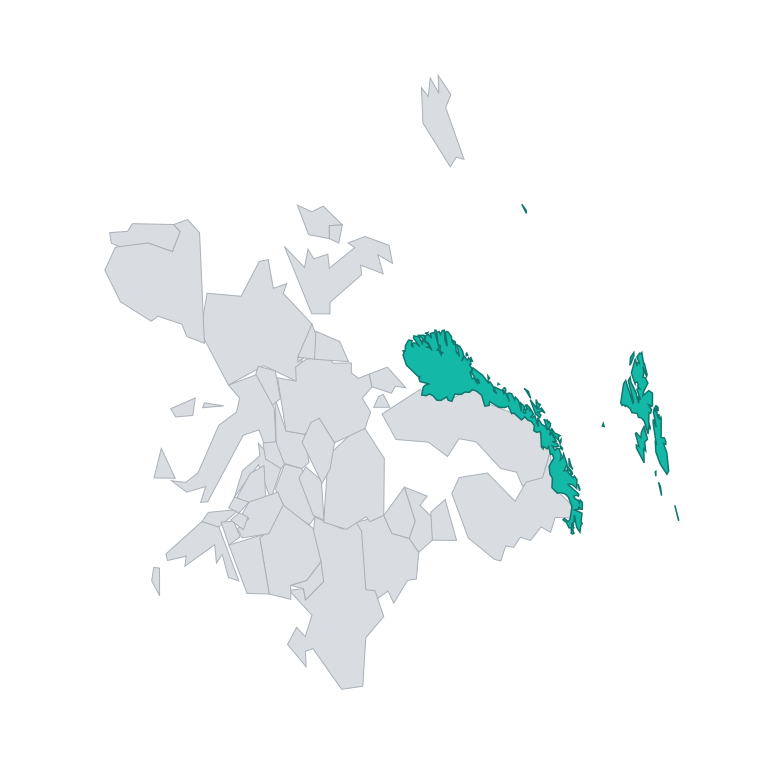 Europe, with Norway highlighted, rotated 79°
{"feature_id": "NOR", "entity_name": "Norway", "entity_type": "country or territory", "adm_level": 0, "iso_a3": "NOR", "parent_name": "Europe", "parent_adm1": "", "projection": "natural_earth1", "projection_center": [16.239, 69.249], "detail": "fine", "context": "in_parent", "style": "filled", "palette": "teal", "viewbox_px": 768, "rotation_deg": 79, "n_neighbors": 37, "source": "natural_earth", "source_scale": "50m", "svg_char_len": 13095}
<svg xmlns="http://www.w3.org/2000/svg" viewBox="0 0 768 768"><g transform="rotate(79 384 384)"><path d="M311.4,443.3L364.4,469.7L343.0,498.5L355.4,536.9L298.0,554.2L261.2,540.4L270.6,507.5L239.9,483.1L239.8,473.9L268.9,474.4L267.0,460.3L275.8,465.6L311.4,443.3ZM368.2,563.9L374.9,545.6L372.7,566.5L368.2,563.9Z" fill="#d9dde1" stroke="#a8b0b8" stroke-width="1"/><path d="M396.3,349.9L411.6,321.4L405.9,300.2L411.9,289.5L420.6,289.7L448.6,245.3L481.3,233.3L506.3,246.2L510.5,267.6L495.8,270.8L489.2,285.6L458.4,304.6L452.0,320.8L467.3,335.5L449.5,351.6L440.8,382.8L413.1,391.7L396.3,349.9Z" fill="#d9dde1" stroke="#a8b0b8" stroke-width="1"/><path d="M555.8,382.0L581.6,389.4L581.2,398.4L601.0,416.2L588.0,419.6L593.5,431.5L582.4,441.1L514.4,437.9L512.9,409.3L532.2,404.8L540.4,388.7L555.8,382.0Z" fill="#d9dde1" stroke="#a8b0b8" stroke-width="1"/><path d="M631.4,512.1L646.7,514.4L621.2,528.4L606.1,516.2L617.0,509.6L597.2,498.8L568.4,516.5L569.5,502.1L581.0,502.3L566.4,481.0L529.2,485.8L501.5,477.2L518.7,452.2L514.4,437.9L524.1,434.1L582.4,441.1L585.3,432.2L612.2,428.6L629.6,450.3L676.6,462.5L675.6,483.8L630.2,504.2L631.4,512.1Z" fill="#d9dde1" stroke="#a8b0b8" stroke-width="1"/><path d="M512.9,409.3L516.5,424.2L510.8,426.8L519.6,448.7L508.1,469.6L443.5,452.3L423.4,420.7L424.0,411.2L457.2,397.9L512.9,409.3Z" fill="#d9dde1" stroke="#a8b0b8" stroke-width="1"/><path d="M451.4,480.9L441.9,499.0L428.2,502.2L377.2,493.8L411.5,489.2L418.2,471.5L446.7,472.6L451.4,480.9Z" fill="#d9dde1" stroke="#a8b0b8" stroke-width="1"/><path d="M501.5,477.2L507.9,484.0L491.6,503.7L466.2,510.7L443.8,496.9L451.4,480.9L501.5,477.2Z" fill="#d9dde1" stroke="#a8b0b8" stroke-width="1"/><path d="M546.2,479.7L566.4,481.0L581.0,502.3L569.5,502.1L563.8,514.1L562.0,497.4L546.2,479.7Z" fill="#d9dde1" stroke="#a8b0b8" stroke-width="1"/><path d="M563.8,514.1L577.6,516.6L568.2,536.8L511.6,535.3L483.7,506.1L512.1,481.3L546.2,479.7L562.0,497.4L563.8,514.1Z" fill="#d9dde1" stroke="#a8b0b8" stroke-width="1"/><path d="M540.4,388.7L532.2,404.8L512.9,409.3L489.2,383.6L524.7,379.5L540.4,388.7Z" fill="#d9dde1" stroke="#a8b0b8" stroke-width="1"/><path d="M546.5,366.3L555.8,382.0L540.4,388.7L524.7,379.5L489.2,383.6L502.3,363.0L510.0,371.9L526.5,360.4L546.5,366.3Z" fill="#d9dde1" stroke="#a8b0b8" stroke-width="1"/><path d="M551.4,342.6L546.5,366.3L518.8,362.5L509.1,346.0L551.4,342.6Z" fill="#d9dde1" stroke="#a8b0b8" stroke-width="1"/><path d="M424.0,411.2L432.3,443.8L405.3,454.2L418.2,471.5L411.5,489.2L357.6,487.3L364.4,469.7L350.4,467.4L344.9,455.9L345.5,434.6L353.9,429.9L357.2,412.0L366.8,414.0L373.5,408.0L371.4,396.5L384.5,396.3L393.8,408.1L408.9,402.5L424.0,411.2Z" fill="#d9dde1" stroke="#a8b0b8" stroke-width="1"/><path d="M508.6,530.0L511.6,535.3L568.2,536.8L563.5,558.4L512.5,567.0L508.6,530.0Z" fill="#d9dde1" stroke="#a8b0b8" stroke-width="1"/><path d="M549.1,644.7L532.9,649.6L520.1,645.0L521.9,639.5L549.1,644.7ZM492.9,573.4L549.6,564.1L544.4,573.6L520.5,575.3L527.8,582.6L509.5,580.9L524.9,614.3L515.2,610.9L516.0,630.2L509.1,630.4L484.3,589.0L492.9,573.4Z" fill="#d9dde1" stroke="#a8b0b8" stroke-width="1"/><path d="M492.9,573.4L484.3,589.0L476.5,580.9L479.5,549.7L492.9,573.4Z" fill="#d9dde1" stroke="#a8b0b8" stroke-width="1"/><path d="M447.4,501.3L475.6,517.3L439.2,522.6L466.5,552.4L441.9,539.3L430.7,519.4L418.3,518.6L447.4,501.3Z" fill="#d9dde1" stroke="#a8b0b8" stroke-width="1"/><path d="M378.5,488.5L385.8,501.6L354.8,510.5L342.6,504.2L350.3,488.2L378.5,488.5Z" fill="#d9dde1" stroke="#a8b0b8" stroke-width="1"/><path d="M342.4,456.4L346.0,464.2L341.0,463.4L342.4,456.4Z" fill="#d9dde1" stroke="#a8b0b8" stroke-width="1"/><path d="M346.5,447.5L341.0,463.4L311.4,443.3L335.4,439.2L346.5,447.5Z" fill="#d9dde1" stroke="#a8b0b8" stroke-width="1"/><path d="M355.2,414.6L346.5,447.5L319.3,440.8L334.0,419.3L355.2,414.6Z" fill="#d9dde1" stroke="#a8b0b8" stroke-width="1"/><path d="M187.3,560.1L195.6,555.0L213.7,566.4L200.5,588.9L203.7,608.9L193.9,624.8L183.1,624.5L185.2,606.5L178.6,600.4L187.3,560.1Z" fill="#d9dde1" stroke="#a8b0b8" stroke-width="1"/><path d="M198.4,621.5L200.5,588.9L213.7,566.4L195.6,555.0L187.3,560.1L185.1,545.4L200.3,536.2L309.8,552.5L299.9,568.4L286.7,571.1L274.3,593.0L278.0,600.4L253.1,627.0L218.9,636.3L198.4,621.5Z" fill="#d9dde1" stroke="#a8b0b8" stroke-width="1"/><path d="M230.9,409.9L223.1,429.5L191.8,435.0L201.2,422.1L197.8,409.7L219.8,394.5L218.2,407.5L230.9,409.9Z" fill="#d9dde1" stroke="#a8b0b8" stroke-width="1"/><path d="M386.7,496.4L420.0,501.2L421.2,512.8L405.1,515.5L407.4,531.9L466.0,579.6L465.2,586.6L450.6,578.5L452.5,598.3L438.4,611.1L442.8,597.5L435.7,583.5L392.9,554.0L383.4,534.1L370.3,528.4L355.4,536.9L350.6,507.8L386.7,496.4ZM404.7,614.9L436.7,606.9L432.3,627.7L404.7,614.9ZM361.7,572.0L378.4,577.7L376.6,594.7L367.6,598.2L361.7,572.0Z" fill="#d9dde1" stroke="#a8b0b8" stroke-width="1"/><path d="M384.5,396.3L371.4,396.5L368.1,377.5L391.8,363.3L388.4,373.3L394.4,378.5L384.5,396.3ZM407.9,382.7L404.9,398.5L395.2,391.7L394.1,386.7L407.9,382.7Z" fill="#d9dde1" stroke="#a8b0b8" stroke-width="1"/><path d="M230.9,409.9L218.2,407.5L219.8,394.5L237.0,401.5L230.9,409.9ZM259.9,415.5L244.5,386.6L238.7,392.3L235.6,374.6L248.8,352.6L267.3,352.6L256.0,365.4L275.7,363.8L262.8,384.3L272.4,385.1L293.4,421.3L304.8,423.7L301.3,441.5L230.0,455.5L254.5,439.8L237.3,432.9L247.7,429.0L245.8,414.4L259.9,415.5Z" fill="#d9dde1" stroke="#a8b0b8" stroke-width="1"/><path d="M178.7,262.6L175.2,269.8L183.5,277.5L135.3,296.0L100.3,290.7L110.2,285.7L92.5,280.2L109.0,274.7L91.4,272.0L112.7,263.1L124.3,270.7L178.7,262.6Z" fill="#d9dde1" stroke="#a8b0b8" stroke-width="1"/><path d="M420.0,501.2L443.8,496.9L447.4,501.3L435.0,514.6L418.9,514.0L420.0,501.2Z" fill="#d9dde1" stroke="#a8b0b8" stroke-width="1"/><path d="M551.2,226.2L547.7,241.5L561.4,248.8L554.3,257.1L565.5,269.9L560.5,279.5L569.1,287.9L566.2,295.4L580.0,303.2L577.2,309.1L551.3,330.6L504.5,338.3L490.1,328.1L491.1,299.5L524.1,277.7L507.4,263.2L506.3,246.2L481.3,233.3L516.1,238.3L540.1,221.9L551.2,226.2Z" fill="#d9dde1" stroke="#a8b0b8" stroke-width="1"/><path d="M506.0,468.9L499.5,478.5L460.1,485.5L450.4,476.6L466.7,463.8L506.0,468.9Z" fill="#d9dde1" stroke="#a8b0b8" stroke-width="1"/><path d="M432.3,443.8L456.9,453.0L469.6,463.8L425.5,475.5L407.8,463.1L405.3,454.2L432.3,443.8Z" fill="#d9dde1" stroke="#a8b0b8" stroke-width="1"/><path d="M467.6,550.2L446.3,532.5L441.3,517.4L475.4,522.1L476.5,538.5L467.6,550.2Z" fill="#d9dde1" stroke="#a8b0b8" stroke-width="1"/><path d="M506.4,554.4L512.5,567.0L488.6,570.2L490.0,557.9L506.4,554.4Z" fill="#d9dde1" stroke="#a8b0b8" stroke-width="1"/><path d="M469.9,508.8L483.7,506.1L509.0,525.7L508.0,552.6L498.3,555.4L490.3,542.3L484.8,548.2L474.2,539.1L469.9,508.8Z" fill="#d9dde1" stroke="#a8b0b8" stroke-width="1"/><path d="M482.9,551.0L475.9,560.1L466.5,552.4L474.2,539.1L482.9,551.0Z" fill="#d9dde1" stroke="#a8b0b8" stroke-width="1"/><path d="M488.3,560.4L482.9,551.0L488.5,543.0L500.2,549.8L488.3,560.4Z" fill="#d9dde1" stroke="#a8b0b8" stroke-width="1"/><path d="M484.8,234.0L476.8,234.3L478.8,236.2L475.7,239.5L478.0,240.2L475.8,241.5L461.6,239.4L460.4,239.7L460.6,243.3L458.4,245.9L453.4,244.3L448.8,246.6L447.0,249.7L443.2,251.8L445.5,255.9L437.1,262.2L437.6,264.3L429.4,266.2L430.2,270.0L428.8,275.5L421.4,283.7L425.1,285.0L425.0,289.2L413.7,290.3L408.2,294.9L406.5,298.3L408.4,301.7L407.3,306.4L408.9,309.9L407.5,316.4L413.9,320.7L412.2,324.1L408.5,324.8L411.0,331.2L410.0,335.2L404.9,338.1L402.5,341.3L403.5,344.8L402.0,349.1L394.6,346.1L393.0,343.7L392.7,339.2L388.6,348.1L385.5,348.7L382.9,346.9L383.8,348.6L369.7,358.4L358.9,359.8L357.8,358.3L355.1,358.9L355.8,357.0L350.3,355.6L345.6,351.5L346.7,348.1L351.1,349.8L353.6,348.2L351.1,348.8L349.3,347.1L350.0,344.7L354.3,341.6L344.5,346.3L342.5,345.6L344.4,340.7L352.8,338.6L348.4,338.1L352.4,333.7L356.0,331.7L355.9,334.7L357.8,331.6L360.4,330.5L352.6,332.4L342.9,340.7L343.8,335.4L348.2,335.0L344.6,334.1L343.5,331.3L348.3,328.4L343.4,329.0L342.8,324.3L358.8,323.1L361.0,325.3L361.1,323.7L366.3,322.3L364.0,321.3L365.0,319.7L362.4,322.9L357.3,321.4L355.2,323.2L343.8,322.6L343.0,319.8L346.1,319.2L342.6,316.5L342.7,314.6L352.4,315.7L358.9,314.7L345.8,313.9L344.3,312.9L344.9,311.3L350.2,308.8L354.5,309.1L358.9,307.8L353.9,308.5L356.0,306.1L366.8,306.9L367.9,306.4L366.6,305.4L371.6,304.8L359.5,304.9L361.4,302.5L367.2,300.5L371.9,300.6L376.4,303.4L372.4,299.8L376.7,297.8L374.4,296.0L376.4,294.8L381.3,294.9L381.4,296.4L386.3,294.5L389.0,297.2L395.6,296.4L395.4,294.5L401.1,292.5L399.5,291.4L402.0,290.2L398.6,290.4L397.2,291.2L398.3,292.0L397.3,292.9L389.4,295.8L385.2,293.6L394.3,285.5L403.8,281.0L400.8,281.7L402.6,279.2L408.5,276.9L411.5,277.8L415.2,275.1L410.8,276.8L408.3,275.8L413.3,268.8L416.3,268.2L414.2,266.6L425.1,264.3L417.1,265.1L416.7,262.9L418.0,260.5L424.5,258.8L421.9,257.6L425.8,255.2L437.1,254.3L428.7,253.5L433.2,250.2L438.6,252.7L439.4,250.7L435.7,249.9L436.1,248.1L431.7,249.0L431.8,247.6L434.7,245.8L438.9,246.0L436.1,245.1L442.2,242.9L444.7,246.8L444.3,245.5L445.4,244.5L443.8,242.0L455.3,240.8L446.4,239.6L453.9,236.7L456.5,233.4L459.8,232.8L459.6,231.0L461.1,229.4L466.2,231.1L464.1,229.2L473.0,225.8L472.7,229.9L475.3,225.5L478.3,224.2L478.5,227.8L476.7,230.8L481.9,228.8L480.1,227.0L480.8,224.6L487.5,223.5L492.2,225.4L490.6,222.9L486.8,221.1L497.8,219.6L503.6,223.8L503.7,221.0L509.0,218.4L512.1,216.1L510.7,214.7L514.7,212.8L523.3,214.8L519.3,217.7L517.2,221.3L517.7,222.5L529.3,213.8L531.2,214.5L529.9,216.4L530.3,219.2L533.6,218.1L535.0,215.6L538.0,215.0L535.3,213.5L538.1,211.9L544.8,213.2L544.4,214.8L541.0,216.3L544.1,216.4L543.9,221.0L548.6,214.3L556.3,216.7L559.0,216.1L560.4,217.8L566.8,219.9L561.3,222.3L548.9,222.1L555.9,223.9L556.9,226.4L560.2,226.7L561.3,225.1L563.1,226.6L566.7,226.0L567.3,227.4L566.3,228.7L560.9,227.6L560.5,229.8L554.8,231.3L551.5,234.3L550.4,232.6L554.2,229.4L552.3,227.2L540.3,222.9L530.2,224.6L526.6,227.0L524.3,231.4L524.4,234.6L517.8,238.9L508.5,236.6L504.1,238.3L496.3,237.6L489.2,231.5L484.8,232.2L484.8,234.0ZM444.2,122.2L456.1,124.5L457.1,125.4L454.9,128.3L460.4,126.3L463.6,127.9L462.6,129.4L471.9,131.4L477.3,130.9L478.5,131.3L476.5,132.1L483.4,134.3L470.4,135.6L466.4,137.7L465.3,140.6L461.1,141.1L459.5,146.0L454.9,147.2L451.2,150.6L452.0,151.4L449.9,152.9L450.6,154.4L447.7,155.2L429.6,148.8L426.7,146.1L450.2,143.3L449.3,142.3L427.5,143.6L424.4,141.1L429.2,141.3L440.6,138.2L448.2,138.0L451.3,137.4L445.7,136.6L448.3,135.0L437.8,136.8L436.6,135.7L437.6,134.0L434.8,135.4L432.3,134.5L430.6,134.9L430.3,136.7L431.8,137.4L420.4,139.1L407.0,132.4L414.9,132.3L411.7,131.6L411.1,130.5L412.6,129.4L411.8,129.2L405.9,130.7L402.5,127.1L403.1,126.0L402.2,124.9L414.3,125.3L413.8,124.5L425.0,123.9L426.6,124.8L416.3,126.6L422.2,126.6L426.8,128.7L427.5,126.5L433.5,124.8L440.5,130.3L444.9,132.1L441.0,125.3L444.2,122.2ZM470.2,118.4L489.5,122.2L490.5,119.1L494.7,118.4L497.0,118.9L495.6,121.0L505.2,119.5L523.8,121.2L526.6,123.5L515.3,128.1L502.6,130.1L493.0,128.8L494.3,128.1L473.5,127.3L470.1,126.4L478.4,125.0L462.9,124.9L459.3,123.3L463.8,122.3L456.7,121.4L467.4,121.6L468.8,121.2L466.1,119.7L470.4,120.6L470.8,119.7L469.3,118.5L470.2,118.4ZM474.7,136.8L488.5,135.9L490.7,139.2L499.6,139.9L497.1,141.4L511.0,143.7L495.1,148.4L492.1,148.0L494.0,145.7L480.5,146.6L480.0,145.6L485.8,142.1L481.0,140.8L477.0,138.2L477.2,137.4L474.7,136.8ZM440.1,239.3L444.4,235.9L446.7,237.6L441.9,241.0L427.3,243.4L437.1,238.7L438.4,235.9L437.7,234.0L443.2,231.5L440.5,234.2L441.5,237.4L440.1,239.3ZM454.7,228.0L459.6,230.2L458.5,232.3L448.9,233.7L450.3,233.0L450.5,230.6L453.6,230.3L452.4,229.3L454.7,228.0ZM469.3,222.9L472.3,223.4L465.5,228.2L459.4,228.0L464.5,226.0L468.3,221.0L469.3,222.9ZM403.9,133.3L410.3,137.2L412.5,139.1L404.9,136.9L400.8,132.8L403.9,133.3ZM434.0,234.5L437.0,236.9L435.5,238.7L428.3,237.7L432.0,236.8L434.0,234.5ZM503.9,214.9L499.0,217.8L492.0,216.6L500.0,216.0L503.9,214.9ZM505.5,217.7L502.8,220.4L499.8,219.5L504.9,217.0L505.5,217.7ZM419.1,243.7L426.1,242.7L418.5,245.5L419.1,243.7ZM243.7,211.6L233.9,214.4L240.7,211.4L243.7,211.6ZM573.9,120.9L558.5,121.7L574.4,120.7L573.9,120.9ZM537.5,132.2L546.6,132.8L532.9,133.3L537.5,132.2ZM519.3,212.5L524.5,211.8L526.2,212.5L519.3,212.5ZM508.8,217.5L507.3,218.0L505.8,216.4L508.2,216.1L508.8,217.5ZM482.3,221.4L480.9,223.0L478.9,222.4L481.0,221.1L482.3,221.4ZM467.7,176.0L467.0,177.7L464.6,176.3L467.7,176.0ZM526.4,134.7L522.1,134.5L521.7,133.9L526.4,134.7ZM398.5,279.2L399.8,280.8L396.0,280.4L398.5,279.2ZM472.1,220.8L474.8,221.5L476.3,222.5L473.7,222.8L472.1,220.8ZM462.8,120.0L461.2,120.5L458.5,120.1L459.5,119.5L462.8,120.0ZM378.3,293.6L373.9,293.8L378.5,292.9L378.3,293.6ZM372.0,297.8L370.1,297.6L369.4,296.9L371.8,296.3L372.0,297.8ZM417.4,245.9L415.0,247.4L417.6,244.9L417.4,245.9ZM342.6,331.9L342.0,334.2L341.8,331.2L342.6,331.9ZM412.8,265.7L410.2,267.3L411.4,265.6L412.8,265.7ZM559.8,225.4L557.5,226.2L557.3,225.9L557.9,224.7L559.8,225.4ZM413.6,268.1L411.1,268.4L414.1,267.8L413.6,268.1ZM406.2,271.0L406.4,272.2L405.2,271.8L406.2,271.0ZM342.3,323.8L340.9,323.8L341.2,322.7L342.1,322.5L342.3,323.8Z" fill="#14b8a6" stroke="#0f766e" stroke-width="1.5"/></g></svg>